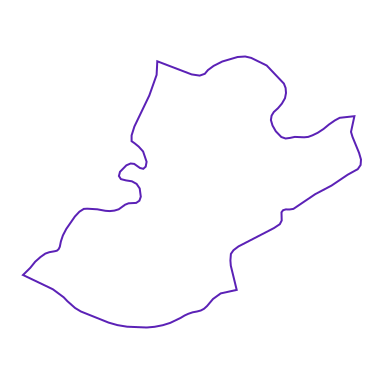 SVG path tracing the border of Bình Dương, rotated 270°
{"feature_id": "VNM-483", "entity_name": "Bình Dương", "entity_type": "Province", "adm_level": 1, "iso_a3": "VNM", "parent_name": "Vietnam", "parent_adm1": "", "projection": "natural_earth1", "projection_center": [106.657, 11.214], "detail": "fine", "context": "isolated", "style": "outline", "palette": "violet", "viewbox_px": 384, "rotation_deg": 270, "n_neighbors": 0, "source": "natural_earth", "source_scale": "10m", "svg_char_len": 1680}
<svg xmlns="http://www.w3.org/2000/svg" viewBox="0 0 384 384"><g transform="rotate(270 192 192)"><path d="M163.5,281.7L159.8,279.8L155.9,273.9L137.6,238.5L133.8,233.5L130.1,230.9L123.5,230.4L118.3,230.8L94.1,236.7L90.6,220.7L85.0,213.0L77.9,207.0L75.2,204.0L73.5,200.8L72.5,197.0L71.7,192.7L70.2,188.3L68.5,184.6L66.1,180.6L61.1,170.2L58.8,162.8L57.2,154.6L56.5,146.7L57.3,127.1L58.9,117.4L61.4,108.6L72.5,80.9L76.0,75.1L82.7,67.5L86.7,63.7L94.7,52.9L109.0,23.0L116.2,30.3L122.3,35.2L127.0,40.5L130.4,45.3L131.8,49.3L132.8,54.9L133.3,56.9L134.8,58.6L137.2,59.8L142.6,60.9L148.6,62.9L155.1,66.3L167.5,74.9L172.3,79.4L175.1,83.8L175.3,87.3L174.7,97.3L173.2,105.4L172.9,109.7L173.4,114.4L174.7,118.7L179.3,125.1L180.7,128.6L181.1,136.2L183.3,139.4L187.3,140.8L195.5,139.7L200.1,136.6L202.7,131.9L203.6,126.0L204.9,120.9L208.0,118.9L212.2,120.0L218.7,126.4L220.5,130.6L220.1,134.2L216.0,140.0L215.2,143.3L217.4,145.7L222.2,146.6L232.5,143.1L237.4,138.7L240.8,134.5L242.8,131.6L248.6,131.6L257.5,134.4L288.5,149.3L309.1,156.6L322.7,157.3L309.6,191.6L308.4,199.7L310.2,204.8L313.9,207.9L318.1,213.6L322.5,222.3L327.0,237.6L327.5,245.2L326.1,251.2L318.5,266.7L300.4,283.9L296.0,285.6L291.0,286.0L285.8,285.0L280.4,281.9L275.8,278.0L272.0,273.8L268.4,271.6L264.0,270.9L258.5,272.5L252.7,275.8L247.0,281.3L245.5,285.6L246.1,290.1L247.1,294.8L246.7,304.1L247.1,308.2L248.7,312.5L251.2,317.7L255.0,323.5L259.6,329.1L263.6,334.9L266.2,339.7L267.8,354.4L252.1,351.0L247.1,352.5L231.0,359.1L224.4,361.0L219.0,360.6L214.9,357.8L209.3,347.7L198.4,331.5L189.9,315.3L175.1,293.4L174.5,289.4L174.6,285.8L173.8,283.1L171.7,281.5L163.5,281.7Z" fill="none" stroke="#5b21b6" stroke-width="2"/></g></svg>